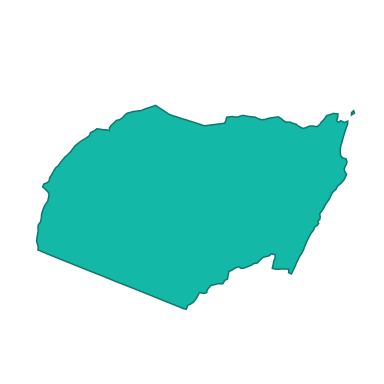 Itacaré, Bahia, Brazil (Albers equal-area conic projection), rotated 13°
{"feature_id": "56859067B83682608684654", "entity_name": "Itacaré", "entity_type": "district", "adm_level": 2, "iso_a3": "BRA", "parent_name": "Brazil", "parent_adm1": "Bahia", "projection": "albers", "projection_center": [-39.125, -14.353], "detail": "fine", "context": "isolated", "style": "filled", "palette": "teal", "viewbox_px": 384, "rotation_deg": 13, "n_neighbors": 0, "source": "geoboundaries", "source_scale": "gbopen_adm2", "svg_char_len": 2808}
<svg xmlns="http://www.w3.org/2000/svg" viewBox="0 0 384 384"><g transform="rotate(13 192 192)"><path d="M54.9,283.1L65.7,285.0L108.9,291.8L123.1,293.9L137.6,296.3L152.6,298.5L177.1,302.3L189.8,304.4L194.4,305.1L210.4,307.6L212.9,307.4L213.4,303.3L216.0,301.3L218.1,299.2L219.2,297.0L220.6,293.3L221.9,288.3L226.1,288.2L229.0,286.8L228.8,284.0L229.9,281.8L231.5,278.8L235.1,277.1L237.7,275.5L242.6,274.6L243.9,270.6L246.2,268.8L245.9,265.0L245.8,261.1L247.9,259.7L250.9,256.6L254.1,254.3L256.8,255.4L259.7,254.5L263.3,252.1L266.4,249.8L268.7,247.5L271.7,246.5L273.4,243.5L275.9,239.7L279.0,238.1L281.4,236.9L283.2,234.2L287.1,234.4L287.8,237.5L287.2,241.0L287.4,245.0L287.4,248.4L290.5,248.4L294.1,247.7L297.0,246.7L300.4,246.0L303.6,245.5L304.3,248.9L307.3,249.5L308.3,245.0L309.2,241.2L309.8,237.6L310.3,235.2L310.9,232.8L311.4,230.2L312.8,227.1L313.7,223.1L314.2,218.7L314.8,215.5L315.5,212.5L316.2,209.3L317.2,205.6L319.0,201.8L319.4,198.5L321.5,196.4L322.5,194.1L321.2,192.1L322.7,190.1L322.4,187.1L321.3,184.4L322.9,181.0L324.2,177.5L324.7,174.8L325.8,171.8L327.3,168.4L328.1,164.7L328.7,161.8L329.8,159.5L331.6,157.2L332.6,153.3L334.6,150.9L336.2,148.4L337.6,145.3L338.7,140.1L336.4,137.8L335.2,135.6L335.4,132.9L336.3,130.1L336.1,127.5L334.7,125.1L330.9,124.8L328.6,122.9L327.6,120.2L326.9,116.7L326.6,113.2L326.9,109.7L327.0,106.2L327.2,102.5L327.5,98.6L327.8,94.8L328.4,91.2L327.8,87.9L324.7,90.1L320.9,89.0L319.2,91.2L316.8,90.1L317.2,86.6L316.7,83.1L312.2,83.6L309.2,85.5L306.0,87.3L304.9,90.2L303.7,92.7L302.3,94.8L301.4,97.4L299.0,100.3L294.7,100.5L291.7,101.3L288.3,103.8L285.8,105.1L283.2,104.5L280.4,103.7L278.2,102.5L275.1,102.4L271.5,101.8L268.1,102.8L265.3,102.0L262.7,100.6L259.3,99.3L256.2,100.5L252.2,102.0L249.5,103.2L246.8,104.9L243.6,106.0L239.5,105.6L236.8,104.8L234.4,105.2L230.3,105.6L224.5,105.9L222.0,107.1L219.6,108.7L216.8,109.3L213.9,109.5L208.9,111.3L208.9,115.0L208.2,117.7L189.2,124.7L177.9,123.7L168.7,122.9L166.0,122.8L152.7,121.6L137.0,115.8L134.2,117.6L130.9,119.6L127.0,122.0L124.0,124.2L120.5,125.4L115.9,127.1L113.6,128.6L111.3,129.6L109.3,132.0L107.5,135.4L105.4,137.7L102.3,139.2L100.1,142.6L98.5,145.0L97.2,147.8L97.6,150.9L94.9,150.6L91.1,151.3L88.0,151.5L85.0,151.8L83.0,154.4L79.8,156.9L79.2,160.3L76.8,163.2L73.9,165.9L71.9,168.0L70.3,170.0L67.8,173.0L65.9,177.2L64.4,180.6L62.4,183.8L60.2,186.7L58.6,190.1L57.2,192.8L55.8,196.4L53.8,199.0L52.7,202.0L51.4,206.6L50.1,210.1L50.3,213.5L48.5,215.8L45.8,217.5L45.3,220.6L48.5,222.4L51.5,224.3L53.2,226.2L53.4,229.0L53.5,233.3L52.0,237.0L51.1,240.3L50.6,244.5L50.5,247.8L51.1,251.8L51.0,255.8L49.7,258.1L49.8,260.9L50.9,264.6L51.0,267.9L51.3,272.0L51.7,275.1L53.2,277.6L54.5,280.1L54.9,283.1ZM330.0,81.1L332.6,78.5L331.2,76.4L329.6,78.7L330.0,81.1Z" fill="#14b8a6" stroke="#0f766e" stroke-width="1.5"/></g></svg>